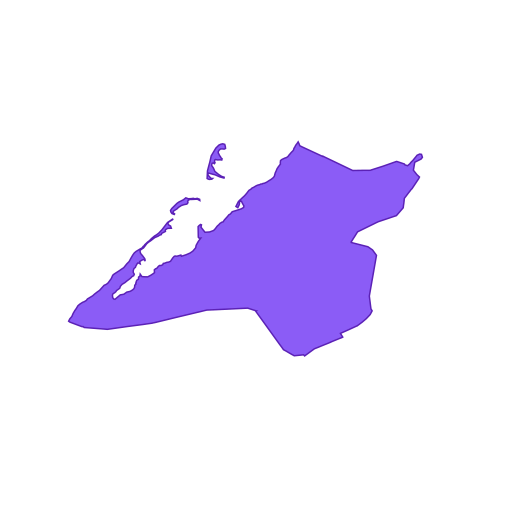 the district of Ad Durayhimi, Al Hudaydah, Yemen, rotated 59°
{"feature_id": "15242507B48909907999430", "entity_name": "Ad Durayhimi", "entity_type": "district", "adm_level": 2, "iso_a3": "YEM", "parent_name": "Yemen", "parent_adm1": "Al Hudaydah", "projection": "equal_earth", "projection_center": [43.019, 14.599], "detail": "fine", "context": "isolated", "style": "filled", "palette": "violet", "viewbox_px": 512, "rotation_deg": 59, "n_neighbors": 0, "source": "geoboundaries", "source_scale": "gbopen_adm2", "svg_char_len": 6085}
<svg xmlns="http://www.w3.org/2000/svg" viewBox="0 0 512 512"><g transform="rotate(59 256 256)"><path d="M247.4,86.7L247.2,87.4L245.3,96.7L244.3,101.5L244.1,102.3L242.0,111.2L241.6,112.9L241.5,113.7L240.8,115.0L237.9,119.8L236.7,121.9L234.5,125.7L232.5,129.1L222.3,135.8L207.6,145.5L205.3,147.0L204.9,147.2L205.1,147.5L186.2,160.3L184.0,161.7L182.0,161.3L179.9,161.1L180.9,163.2L180.9,163.4L181.2,164.2L181.8,165.4L182.6,166.6L183.0,167.5L183.4,168.2L184.3,169.0L185.0,170.6L185.2,171.7L185.7,173.4L186.2,174.8L186.5,175.8L187.2,177.4L187.3,179.3L186.9,180.9L186.7,182.9L186.6,184.0L186.6,184.6L186.9,185.9L188.8,187.3L189.8,187.7L190.8,190.3L191.1,191.1L191.5,191.7L191.8,192.6L192.4,193.5L193.4,194.8L194.6,196.6L196.0,198.1L197.1,199.2L197.7,200.7L198.1,203.5L198.1,205.7L198.2,208.3L198.2,209.6L198.0,210.1L198.0,211.3L197.4,212.6L197.4,213.5L196.7,215.2L196.8,215.9L196.2,217.7L195.9,219.5L195.9,222.8L195.7,224.5L196.1,226.0L196.1,228.2L196.9,230.3L197.4,231.5L198.3,234.2L198.7,235.8L199.0,237.5L199.4,239.1L199.7,240.8L200.3,243.1L203.2,247.7L205.2,246.7L203.7,244.3L202.5,243.1L201.8,242.8L201.2,242.2L201.0,240.6L201.8,240.3L203.7,240.5L206.9,240.6L208.0,241.6L208.0,244.2L207.5,246.6L205.8,253.6L206.8,256.3L206.7,258.0L207.5,260.2L208.8,264.5L209.8,266.6L209.4,268.1L209.5,269.2L209.5,270.1L210.1,272.0L210.3,273.4L210.7,274.6L211.6,276.7L212.3,279.2L211.5,283.4L209.4,287.5L203.0,288.3L201.2,286.7L200.4,287.3L200.6,289.1L201.0,290.5L210.2,295.8L211.5,295.5L212.2,294.1L213.8,298.0L216.0,301.8L217.9,303.5L219.3,307.7L219.5,311.0L218.9,315.4L217.8,320.1L216.5,319.9L215.9,322.3L215.4,324.0L214.3,325.4L214.2,326.4L214.8,328.4L216.5,332.0L216.2,334.2L215.5,335.7L215.2,337.8L214.6,339.3L215.4,340.4L215.3,342.2L214.4,343.6L214.6,345.0L215.5,347.6L215.2,348.6L215.5,350.3L218.0,351.6L218.2,353.6L218.3,356.3L218.1,359.6L216.5,362.1L214.9,364.4L211.9,364.6L213.4,365.8L213.6,367.5L215.4,368.8L215.4,370.7L216.5,372.1L217.0,372.3L217.3,373.1L218.2,373.4L218.6,375.0L220.3,376.2L221.2,377.6L221.5,379.3L221.5,382.0L220.4,385.4L220.7,388.9L220.1,390.6L219.4,392.4L220.5,399.2L219.4,400.2L217.6,400.2L216.7,399.7L215.6,399.2L214.8,398.3L214.7,397.2L214.7,396.1L214.4,394.5L213.8,393.4L213.5,389.5L212.1,387.8L211.3,385.4L211.3,382.1L210.9,379.5L210.6,376.5L210.4,374.9L209.8,372.9L209.9,371.0L208.9,369.7L206.9,369.7L205.4,368.8L203.9,367.1L203.6,365.2L202.7,364.1L201.5,362.0L201.1,360.9L201.5,360.3L203.1,359.3L200.9,358.6L200.8,357.8L200.8,355.6L201.0,354.7L201.3,353.7L203.3,353.7L201.5,352.8L200.4,352.8L197.3,353.1L194.4,353.6L192.6,353.1L191.8,352.7L191.2,351.9L191.4,350.5L191.0,349.9L191.2,348.4L190.2,345.8L189.2,343.4L188.8,341.1L188.7,338.5L188.4,336.0L188.1,333.4L188.6,329.5L188.5,327.9L188.9,326.1L188.0,325.3L188.3,321.0L187.6,320.7L187.2,320.5L186.8,319.9L186.8,318.8L186.8,317.6L187.3,316.6L188.6,314.3L186.3,313.8L184.9,314.7L182.9,314.8L182.3,314.6L181.9,313.2L181.9,308.8L181.4,307.9L181.7,314.5L182.7,317.1L185.0,322.9L186.3,327.6L186.6,330.4L186.6,332.7L187.2,336.5L188.0,339.5L188.2,341.7L188.7,343.9L189.0,345.4L189.6,346.7L189.7,347.8L190.3,349.2L190.4,350.1L190.3,351.3L190.3,353.1L190.3,356.4L190.7,358.8L191.7,361.1L193.5,364.4L195.4,367.6L196.2,370.8L197.9,375.4L198.0,377.9L198.2,380.6L198.4,387.0L198.7,388.7L200.8,391.7L201.4,393.1L202.9,396.7L203.2,398.9L202.9,401.3L204.9,407.9L205.1,410.8L205.5,414.1L206.0,416.5L206.0,422.6L206.7,424.3L206.7,426.7L206.4,428.4L206.5,431.7L206.9,434.2L208.4,437.0L209.5,439.5L211.1,442.4L213.0,445.0L214.0,448.0L215.4,450.2L216.8,449.6L224.0,443.9L227.1,441.4L227.2,441.2L227.3,440.7L227.5,440.5L228.8,440.1L229.0,439.8L240.4,423.8L242.3,421.2L247.9,408.0L250.1,402.8L256.6,387.9L257.8,385.0L260.1,379.6L260.2,379.1L261.0,376.9L263.8,367.9L267.5,356.0L269.6,349.4L270.8,345.6L277.0,326.0L279.4,321.6L280.7,319.2L288.4,304.9L296.4,290.0L296.7,289.7L299.7,287.1L302.9,284.3L303.2,284.0L303.2,284.7L314.7,283.7L343.5,281.3L348.6,280.8L349.0,280.8L350.5,280.7L352.8,279.3L358.3,276.3L361.2,274.6L365.2,266.1L366.7,265.8L366.2,260.2L365.8,256.0L365.7,254.6L365.6,253.7L366.3,249.6L366.9,245.5L367.4,242.3L367.6,241.2L368.3,236.7L368.2,236.7L369.2,230.1L370.2,223.8L370.2,223.4L365.8,223.5L366.4,218.7L366.9,214.6L367.9,205.5L368.0,205.4L367.4,199.1L366.5,193.7L365.0,188.3L362.9,184.8L362.8,184.7L360.5,184.7L348.7,179.5L317.5,152.4L310.8,153.0L305.7,155.3L293.5,167.4L293.0,167.2L291.5,164.2L291.4,164.1L290.1,161.4L287.6,156.5L289.2,137.8L289.3,136.4L289.6,133.5L291.4,125.3L291.9,123.1L292.4,120.7L293.2,117.1L293.6,115.4L293.7,114.8L293.5,114.2L290.5,105.0L288.2,103.2L287.4,102.5L284.8,100.5L283.7,99.7L282.9,99.0L282.0,96.6L280.5,92.9L279.7,90.7L278.9,88.8L278.8,88.4L278.7,87.7L273.5,76.7L272.5,75.2L269.1,76.2L263.5,76.9L263.3,76.7L263.2,76.6L257.7,71.9L257.4,71.7L257.9,65.0L257.9,64.4L257.1,62.5L254.1,61.8L252.9,63.2L252.6,66.1L253.2,67.6L254.1,70.2L254.9,72.4L255.4,74.6L256.2,76.7L256.6,79.1L256.7,79.5L256.4,79.8L255.4,80.7L254.7,81.4L253.6,81.4L250.4,84.1L248.2,86.0L247.4,86.7ZM149.7,235.3L148.2,235.3L147.0,234.5L146.2,232.8L146.0,231.2L147.0,229.5L148.0,228.2L148.1,226.7L146.1,225.8L144.2,225.3L142.7,226.7L142.1,228.4L141.8,230.6L142.8,234.8L147.1,242.8L151.9,247.4L153.8,249.4L158.1,253.8L164.4,258.0L165.4,257.4L166.3,256.6L167.4,254.3L167.2,253.3L166.5,254.4L164.3,255.0L163.2,255.2L161.8,255.5L160.3,254.1L163.5,251.1L165.4,249.2L169.4,246.4L170.9,245.0L172.7,243.3L172.1,242.7L170.0,244.5L167.0,246.0L162.3,247.7L158.7,247.2L155.7,247.4L154.6,246.7L153.9,245.8L154.4,244.5L155.4,244.2L155.0,243.1L154.0,243.1L152.5,242.0L152.4,241.1L153.9,239.4L155.0,237.3L156.1,235.9L155.2,235.0L153.6,235.5L152.7,235.3L151.0,235.5L149.7,235.3ZM175.0,303.6L174.9,299.3L174.4,297.4L174.3,293.9L174.9,291.3L175.9,288.5L175.3,286.9L174.4,286.7L173.4,285.6L173.4,283.6L174.4,282.0L177.1,277.0L179.5,275.6L178.4,275.1L176.3,276.7L175.5,278.9L174.3,280.0L173.5,281.9L172.1,284.5L170.0,286.2L170.4,289.2L170.0,294.5L170.2,296.7L171.9,303.7L172.9,305.8L174.4,306.3L175.2,306.3L176.3,306.2L178.3,304.7L178.0,304.1L176.6,304.6L176.0,304.9L175.0,303.6Z" fill="#8b5cf6" stroke="#5b21b6" stroke-width="1.5"/></g></svg>